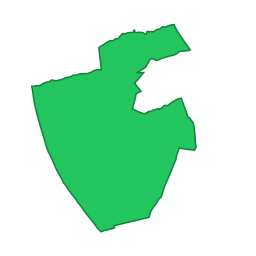 outline of Santa Catarina Ayometla, Tlaxcala, Mexico, rotated 342°
{"feature_id": "50627088B90127145073625", "entity_name": "Santa Catarina Ayometla", "entity_type": "district", "adm_level": 2, "iso_a3": "MEX", "parent_name": "Mexico", "parent_adm1": "Tlaxcala", "projection": "albers", "projection_center": [-98.213, 19.193], "detail": "fine", "context": "isolated", "style": "filled", "palette": "green", "viewbox_px": 256, "rotation_deg": 342, "n_neighbors": 0, "source": "geoboundaries", "source_scale": "gbopen_adm2", "svg_char_len": 5695}
<svg xmlns="http://www.w3.org/2000/svg" viewBox="0 0 256 256"><g transform="rotate(342 128 128)"><path d="M211.3,73.1L210.6,70.9L210.3,69.7L209.8,68.3L209.2,66.1L208.8,65.0L208.4,63.6L207.6,61.0L207.2,59.6L207.0,58.8L206.7,57.8L206.5,57.3L206.4,56.9L206.1,55.8L205.9,55.2L205.8,54.8L205.5,53.5L205.3,52.9L205.2,52.4L204.9,51.5L204.8,50.8L204.4,48.8L204.2,48.3L204.2,47.6L204.1,46.9L204.0,46.3L204.0,45.7L204.0,44.7L204.0,43.9L203.3,43.7L199.6,43.2L196.9,43.3L195.2,43.6L194.1,43.6L192.6,42.4L191.6,42.4L190.0,43.2L189.4,43.6L188.4,43.5L187.2,43.4L186.1,43.3L184.2,43.5L183.1,44.1L181.9,44.5L181.0,44.0L179.9,43.5L179.3,43.3L178.0,43.2L177.2,42.5L176.6,42.2L175.5,42.5L175.1,43.4L174.8,44.0L174.3,44.1L173.5,43.9L172.9,43.5L172.3,42.7L171.5,41.7L170.8,41.4L169.7,41.2L169.0,40.7L168.1,40.3L167.2,40.1L166.1,39.9L165.5,40.0L164.6,39.9L164.5,39.5L164.4,38.5L164.4,37.8L164.4,36.9L163.9,36.8L163.3,37.2L163.0,38.0L162.4,38.7L161.7,38.6L160.6,38.1L159.7,37.9L158.2,37.7L157.4,37.5L156.3,37.3L155.5,37.3L154.4,37.6L153.5,37.6L153.1,36.8L152.4,36.6L151.6,36.7L150.6,37.1L149.6,37.8L148.7,38.3L147.9,38.8L147.4,39.3L146.7,39.9L145.8,40.1L145.1,39.8L144.4,39.4L143.6,39.5L142.6,39.6L141.0,40.2L140.0,40.1L138.4,39.5L137.3,39.5L136.1,39.8L134.8,40.0L133.2,40.3L130.8,41.1L128.9,41.4L127.7,41.8L126.4,42.1L125.0,42.7L124.1,47.0L123.2,51.8L122.8,54.0L122.3,56.4L121.9,58.2L121.6,59.7L121.5,60.0L120.9,63.0L120.7,64.4L119.9,64.1L119.1,64.0L118.2,63.7L117.5,63.3L116.2,63.0L115.4,63.0L114.5,62.9L113.0,62.9L111.4,63.4L110.3,63.5L109.6,63.6L108.1,63.6L106.4,63.7L105.4,63.4L104.1,63.1L102.6,62.5L101.2,62.2L100.1,61.9L99.3,61.7L98.3,61.6L97.5,61.8L96.5,61.8L95.5,61.7L94.4,61.5L93.4,61.1L92.5,61.0L91.3,60.9L89.9,61.4L88.9,61.4L86.6,61.3L85.6,61.0L84.9,61.1L84.3,61.0L83.4,60.9L82.3,61.1L81.0,61.2L79.6,61.5L78.4,61.2L77.3,61.1L76.4,61.2L75.4,61.1L74.4,60.7L73.1,60.5L72.4,59.9L71.5,59.4L70.5,58.8L69.9,58.8L69.0,59.2L68.3,59.4L67.6,59.4L67.0,59.6L66.4,59.6L66.0,59.5L65.3,59.4L64.5,59.2L63.8,59.2L63.2,59.2L62.8,59.4L62.4,59.4L61.8,59.3L60.5,59.5L59.9,59.9L58.7,60.1L57.9,60.1L57.0,60.3L55.7,60.0L54.7,59.7L53.9,59.6L53.3,59.4L52.9,59.5L52.8,59.8L52.3,59.6L51.9,59.4L51.1,59.0L50.5,58.9L50.0,58.9L49.4,58.6L48.8,62.8L48.6,64.0L47.8,68.4L46.7,75.6L46.3,79.4L45.8,85.0L45.6,91.4L45.5,91.9L45.5,93.1L45.4,93.8L45.3,95.3L45.3,95.8L45.2,97.8L45.0,109.2L44.7,118.6L44.7,122.5L44.9,125.1L44.8,126.8L45.2,127.8L45.4,127.9L45.4,128.0L45.6,131.0L46.2,136.0L47.0,144.5L47.7,148.9L48.0,150.4L48.5,152.7L48.6,152.8L48.6,153.2L49.3,156.4L49.6,158.7L49.5,159.5L49.5,159.8L49.6,160.3L49.7,160.5L50.2,161.1L50.5,161.8L52.5,168.6L53.4,171.8L53.9,173.2L55.9,178.4L56.1,178.9L56.8,181.0L57.1,182.7L57.1,183.4L57.5,184.1L58.0,185.1L58.2,185.5L58.5,186.4L59.2,188.5L59.7,189.7L60.2,191.8L60.5,193.0L61.7,196.2L62.5,198.5L63.0,199.8L63.5,201.1L63.9,202.1L64.4,203.4L65.5,206.3L67.0,210.8L67.9,213.4L68.3,214.4L69.6,216.9L70.2,218.4L71.0,218.3L71.8,218.3L72.3,218.3L72.7,218.3L73.5,218.2L75.6,218.4L77.7,218.5L80.0,218.7L82.4,218.9L84.2,218.9L84.4,218.7L84.4,216.8L84.5,216.5L84.6,216.4L86.5,216.8L89.3,217.0L90.1,217.0L92.1,217.2L93.7,217.3L94.7,217.3L97.3,217.6L100.2,217.8L102.6,218.0L102.9,218.0L103.0,218.2L115.7,219.1L117.7,219.3L120.3,219.4L121.0,218.6L122.3,216.8L123.0,215.8L123.1,215.6L123.1,215.2L123.4,214.8L123.8,214.5L124.9,213.5L125.7,212.8L126.3,212.2L126.8,211.9L127.5,211.4L128.1,210.9L129.1,210.2L129.8,209.8L131.5,208.5L132.0,208.0L133.7,206.7L134.2,206.3L134.9,205.6L135.4,205.2L135.7,204.9L136.1,204.7L136.7,204.5L137.3,204.3L137.6,204.2L137.9,203.9L138.6,203.5L139.0,202.8L139.7,202.0L140.0,201.5L140.5,200.7L141.0,200.0L142.1,198.4L143.3,196.8L144.4,195.4L145.7,193.8L146.6,192.8L148.8,190.2L149.6,189.4L150.0,188.9L150.6,188.3L151.1,187.5L151.8,186.7L152.1,186.4L152.6,186.1L153.0,185.8L153.5,184.9L153.9,184.3L154.4,183.7L155.3,182.9L156.3,181.7L157.9,179.9L158.9,178.5L160.0,177.2L161.2,175.9L162.0,174.8L162.7,174.1L163.3,173.5L163.8,172.8L164.9,170.7L165.7,169.2L166.4,168.2L167.4,167.1L168.1,166.1L169.0,164.8L169.4,164.4L169.8,163.9L170.0,163.5L170.3,163.2L170.5,163.0L176.5,166.0L184.3,169.6L184.9,169.5L185.5,168.6L185.8,168.1L186.2,167.7L186.8,167.2L186.9,166.7L187.1,165.5L187.3,164.7L187.6,162.8L188.1,160.8L188.6,158.7L188.9,157.6L189.3,156.0L189.8,154.0L190.4,151.5L190.6,150.4L190.7,149.6L191.1,147.7L191.2,147.2L191.4,145.5L191.5,145.1L191.6,144.4L191.6,143.7L191.5,143.2L191.3,142.4L191.0,141.6L190.7,140.7L190.4,139.8L190.0,138.4L189.8,138.0L189.6,137.0L188.8,136.2L188.6,136.1L188.4,134.9L188.4,133.7L188.4,130.8L188.1,122.6L187.9,117.8L188.0,116.2L185.1,115.8L182.7,115.9L181.5,116.4L180.3,116.7L179.6,116.7L178.3,116.8L177.5,117.2L176.3,117.7L175.4,117.8L174.4,118.4L173.0,118.9L172.0,118.7L171.0,118.2L169.9,117.9L169.1,117.8L168.6,118.1L167.6,118.9L166.4,119.2L165.7,119.4L163.8,120.1L163.5,119.3L162.8,118.9L161.4,118.8L159.9,119.0L157.8,118.9L156.6,118.7L155.5,119.2L154.6,119.3L153.9,119.1L153.1,118.6L152.4,118.6L151.6,119.2L150.9,119.3L150.2,119.2L149.7,119.4L149.5,119.7L148.9,119.6L148.2,119.4L147.5,119.2L145.9,118.1L144.3,116.9L142.9,115.8L142.3,115.2L141.9,114.8L139.7,112.7L138.0,111.0L139.1,109.8L139.2,109.6L139.8,108.7L140.5,107.4L141.8,105.5L143.3,103.3L144.1,102.0L144.6,101.4L145.9,98.8L146.4,97.8L149.8,97.4L151.7,97.2L148.2,87.4L150.3,86.1L151.6,85.4L154.1,83.9L154.7,83.5L160.0,80.1L152.8,77.9L154.5,77.9L155.6,77.7L158.1,77.1L159.4,76.8L161.3,76.3L163.0,75.7L164.0,75.3L164.9,74.5L166.0,73.3L167.5,72.3L169.0,70.5L170.4,69.7L172.2,69.5L173.6,70.2L175.4,72.3L176.7,72.8L179.0,72.5L180.5,72.4L183.1,72.2L185.3,72.3L187.6,72.3L190.5,72.5L195.5,72.8L197.9,72.1L201.3,71.0L204.0,71.9L208.9,73.0L211.3,73.1Z" fill="#22c55e" stroke="#15803d" stroke-width="1.5"/></g></svg>